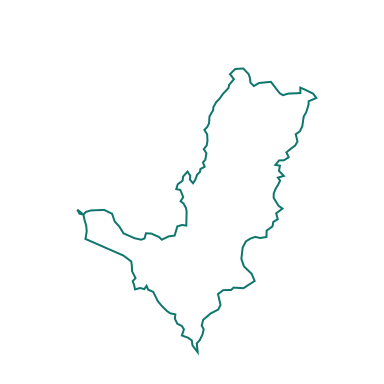 the district of Itapuca, Rio Grande do Sul, Brazil, rotated 296°
{"feature_id": "56859067B54250017496252", "entity_name": "Itapuca", "entity_type": "district", "adm_level": 2, "iso_a3": "BRA", "parent_name": "Brazil", "parent_adm1": "Rio Grande do Sul", "projection": "natural_earth1", "projection_center": [-52.198, -28.755], "detail": "fine", "context": "isolated", "style": "outline", "palette": "teal", "viewbox_px": 384, "rotation_deg": 296, "n_neighbors": 0, "source": "geoboundaries", "source_scale": "gbopen_adm2", "svg_char_len": 2137}
<svg xmlns="http://www.w3.org/2000/svg" viewBox="0 0 384 384"><g transform="rotate(296 192 192)"><path d="M331.0,262.5L333.5,257.7L333.5,248.1L333.3,243.6L328.4,246.0L322.7,235.5L318.9,231.3L319.2,227.5L325.6,214.6L319.3,204.4L314.4,201.2L316.0,196.5L320.1,193.9L322.7,191.3L325.5,184.0L321.5,176.9L314.5,174.5L311.8,180.2L304.5,178.4L301.4,179.2L294.2,176.9L287.6,175.8L283.6,174.4L277.6,174.0L274.8,175.2L271.5,174.8L267.5,174.6L261.3,177.2L257.1,177.2L253.3,175.9L250.4,180.4L244.7,183.5L240.3,184.8L235.7,183.8L233.1,188.0L226.9,189.8L223.4,188.9L220.2,192.3L216.4,189.5L213.4,190.3L209.7,189.0L204.6,189.6L200.3,189.1L202.3,184.6L205.8,183.4L208.4,179.0L201.9,177.2L198.1,178.6L192.7,175.8L187.7,176.6L188.7,180.6L183.5,186.4L178.7,185.8L177.9,189.5L174.9,193.7L172.1,195.7L159.3,201.6L158.0,197.5L154.7,193.9L145.2,195.5L141.9,190.5L135.9,185.8L137.1,182.0L136.8,173.7L134.7,168.7L129.4,169.7L126.8,167.1L125.3,160.7L124.8,148.6L129.0,142.0L131.6,135.5L137.4,129.7L137.4,120.9L131.1,109.2L127.6,105.4L124.1,104.3L119.8,107.6L115.2,111.8L110.5,114.6L103.1,116.8L104.8,158.4L102.9,167.9L99.1,170.4L94.6,172.8L89.8,179.0L85.9,177.8L83.4,180.4L79.5,183.5L83.0,187.5L83.8,191.7L87.7,192.3L85.0,195.4L85.2,200.9L78.8,209.3L76.2,215.1L74.1,221.4L73.4,225.5L74.7,230.7L70.6,232.1L67.1,236.7L67.2,241.6L64.9,245.0L58.6,245.8L59.3,252.3L58.5,256.9L54.3,259.7L50.5,267.3L58.0,262.7L62.4,263.9L68.4,263.9L73.7,262.7L76.2,259.3L82.0,258.1L90.9,261.9L97.8,267.1L103.0,267.1L111.7,260.1L117.5,263.1L121.1,270.1L124.3,271.3L128.1,280.4L139.5,287.3L144.6,281.5L147.9,271.3L153.5,265.7L164.2,261.9L171.3,262.1L175.7,264.9L179.4,268.5L180.5,273.4L184.2,278.6L190.0,276.0L196.3,279.4L200.8,278.2L205.1,281.0L209.7,277.0L216.7,280.6L217.6,275.7L222.5,268.0L226.5,266.1L231.8,265.7L236.1,266.2L240.8,266.2L242.6,262.9L246.7,267.5L249.1,260.9L254.2,259.5L252.9,255.0L258.5,256.4L260.8,260.7L265.6,263.7L269.0,259.5L274.4,261.9L278.8,264.3L283.6,264.7L289.4,259.9L293.7,262.3L299.5,262.3L308.8,259.3L313.7,259.7L321.4,258.5L324.7,257.1L331.0,262.5ZM124.1,104.3L125.9,96.7L123.2,100.3L124.1,104.3Z" fill="none" stroke="#0f766e" stroke-width="2"/></g></svg>